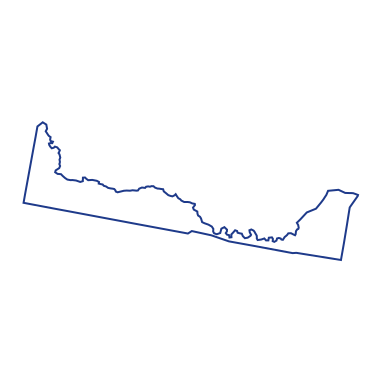 Abaji, Federal Capital Territory, Nigeria (Natural Earth projection), rotated 280°
{"feature_id": "59680162B29524904273451", "entity_name": "Abaji", "entity_type": "district", "adm_level": 2, "iso_a3": "NGA", "parent_name": "Nigeria", "parent_adm1": "Federal Capital Territory", "projection": "natural_earth1", "projection_center": [6.872, 8.857], "detail": "fine", "context": "isolated", "style": "outline", "palette": "blue", "viewbox_px": 384, "rotation_deg": 280, "n_neighbors": 0, "source": "geoboundaries", "source_scale": "gbopen_adm2", "svg_char_len": 2794}
<svg xmlns="http://www.w3.org/2000/svg" viewBox="0 0 384 384"><g transform="rotate(280 192 192)"><path d="M216.8,325.8L212.4,324.8L209.7,323.6L207.5,322.7L203.8,320.8L197.1,317.0L191.8,308.6L183.6,303.3L182.1,302.2L179.9,300.6L177.9,302.3L175.3,303.3L174.1,303.1L173.5,302.1L171.5,301.2L168.4,301.4L167.3,301.0L167.7,299.5L168.6,296.6L168.0,294.0L166.3,293.2L164.9,292.1L163.8,291.1L162.1,290.4L160.7,289.8L160.7,288.3L161.6,287.4L161.8,285.5L161.0,283.8L158.8,283.6L157.2,281.7L157.6,280.0L159.9,279.8L161.2,278.6L160.3,275.6L157.6,275.6L157.2,273.3L158.8,271.3L157.2,268.4L156.1,265.0L157.4,263.9L158.7,263.7L160.3,263.3L162.5,261.4L163.9,260.3L164.7,259.3L165.4,256.9L164.3,255.2L162.3,255.9L160.1,257.6L159.0,257.2L156.7,254.8L155.7,252.1L157.4,249.7L159.6,248.3L159.6,246.6L159.8,244.0L161.4,243.2L161.8,241.1L159.6,239.8L157.0,238.1L154.3,238.7L153.7,236.8L155.9,236.0L156.1,233.8L157.4,232.4L159.2,233.2L161.0,233.0L163.0,230.0L161.0,227.3L156.5,226.9L154.7,223.7L155.2,220.9L156.8,219.7L159.4,219.4L161.4,217.5L162.7,213.9L163.4,209.7L164.1,207.2L167.5,205.5L169.0,204.2L169.9,202.1L171.5,201.2L173.7,200.6L175.0,196.8L176.8,195.7L179.7,197.2L180.8,196.8L180.8,194.2L181.5,191.7L181.4,189.4L180.8,186.0L181.7,183.0L182.8,181.7L183.5,179.6L185.2,177.9L187.0,176.3L185.8,175.5L184.3,173.5L184.4,171.5L184.8,169.2L186.5,166.3L187.7,164.1L189.7,163.1L189.6,161.0L189.6,159.1L189.4,157.4L189.9,154.8L191.0,153.1L190.7,151.0L189.9,149.7L189.9,147.8L189.2,145.9L187.9,145.1L187.7,141.9L186.1,139.4L184.1,138.5L183.7,137.2L183.4,133.2L182.5,130.7L182.1,127.5L181.4,124.7L178.8,118.8L179.2,116.9L180.3,116.3L181.4,115.0L181.5,113.7L181.4,111.0L181.5,108.6L182.5,106.5L182.8,104.0L183.9,102.7L183.9,101.0L184.1,98.7L185.7,98.7L186.5,96.3L186.6,91.7L185.6,87.7L186.6,85.7L187.7,84.1L187.2,82.1L183.7,82.6L182.5,80.2L183.2,75.8L183.0,72.0L182.6,70.5L182.6,67.1L183.7,64.6L185.4,61.8L186.8,59.9L186.5,56.5L187.7,53.8L189.6,54.0L192.5,57.1L194.7,57.6L196.5,56.5L197.4,56.7L198.7,56.7L200.9,55.9L203.0,56.3L206.0,55.0L207.2,53.8L208.3,54.2L210.2,54.6L211.2,53.1L212.5,51.6L212.9,49.1L211.6,48.2L210.7,46.3L212.0,44.6L213.6,43.2L214.9,42.7L215.6,44.2L215.8,45.9L217.4,46.3L217.6,44.0L218.9,43.2L221.5,43.2L222.4,41.3L223.1,40.5L226.4,37.4L229.1,38.3L233.1,36.8L234.7,32.9L229.7,28.4L227.2,28.4L219.3,28.4L208.7,28.3L160.9,28.0L155.6,28.0L152.1,28.0L151.7,61.0L151.6,73.6L151.0,130.6L150.9,138.7L150.6,172.1L150.4,195.2L153.5,198.6L152.7,218.6L149.8,236.9L149.7,259.4L149.7,261.0L149.3,299.4L149.3,301.8L150.2,305.3L150.9,350.5L155.5,350.5L165.5,350.5L167.6,350.5L167.9,350.5L186.0,350.3L197.5,350.1L204.2,350.0L206.6,351.1L216.8,355.9L217.9,356.0L218.5,352.8L218.8,351.0L218.7,349.8L218.3,347.3L217.7,343.0L219.6,335.9L219.0,333.8L216.8,325.8Z" fill="none" stroke="#1e3a8a" stroke-width="2"/></g></svg>